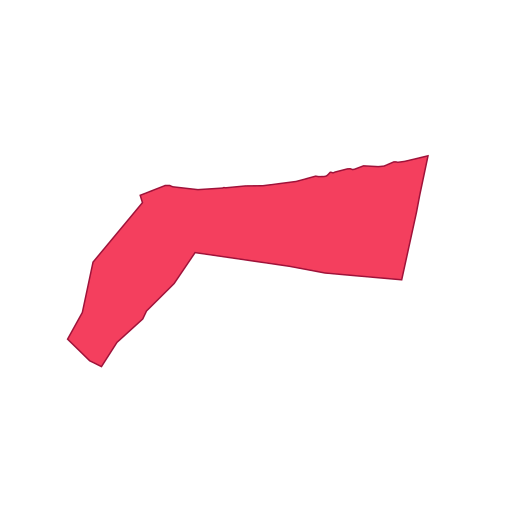 the Region of Shabeellaha Hoose, rotated 219°
{"feature_id": "SOM-2316", "entity_name": "Shabeellaha Hoose", "entity_type": "Region", "adm_level": 1, "iso_a3": "SOM", "parent_name": "Somalia", "parent_adm1": "", "projection": "equal_earth", "projection_center": [44.342, 1.971], "detail": "fine", "context": "isolated", "style": "filled", "palette": "rose", "viewbox_px": 512, "rotation_deg": 219, "n_neighbors": 0, "source": "natural_earth", "source_scale": "10m", "svg_char_len": 828}
<svg xmlns="http://www.w3.org/2000/svg" viewBox="0 0 512 512"><g transform="rotate(219 256 256)"><path d="M371.0,253.6L367.4,256.5L365.1,257.1L363.9,257.6L342.9,271.0L324.8,287.7L324.0,289.0L322.7,289.7L308.3,303.8L294.8,315.0L271.7,339.2L259.9,355.6L257.4,357.0L253.1,360.6L251.8,362.2L251.4,363.4L251.2,364.9L251.0,367.7L250.6,368.2L248.6,369.0L248.1,369.6L247.4,371.0L239.8,381.2L237.7,383.1L235.4,383.9L234.1,385.3L229.2,393.7L217.2,402.4L213.1,406.4L208.1,415.9L206.3,417.3L204.8,418.0L200.0,423.1L185.4,442.1L185.1,441.6L167.2,406.6L158.7,390.8L127.8,329.2L164.0,304.8L191.7,286.2L223.6,269.0L305.5,220.3L302.3,183.1L306.5,144.4L304.4,135.8L309.7,101.4L306.5,72.8L319.3,69.9L350.1,72.8L355.4,102.8L378.8,148.7L377.8,226.0L384.2,230.3L371.0,253.5L371.0,253.6Z" fill="#f43f5e" stroke="#9f1239" stroke-width="1.5"/></g></svg>